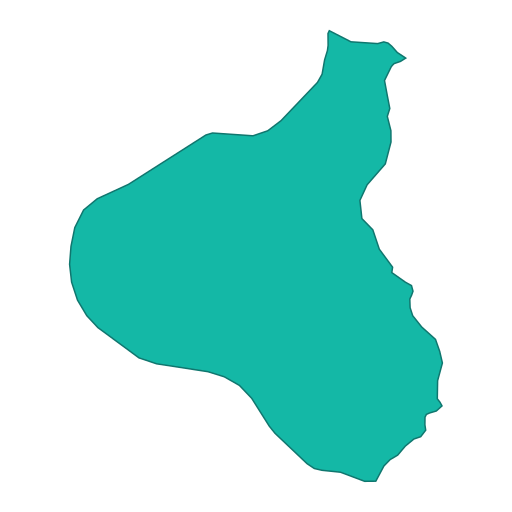 SVG path tracing the border of Taranaki
{"feature_id": "NZL-3405", "entity_name": "Taranaki", "entity_type": "Regional Council", "adm_level": 1, "iso_a3": "NZL", "parent_name": "New Zealand", "parent_adm1": "", "projection": "albers", "projection_center": [174.624, -39.283], "detail": "fine", "context": "isolated", "style": "filled", "palette": "teal", "viewbox_px": 512, "rotation_deg": 0, "n_neighbors": 0, "source": "natural_earth", "source_scale": "10m", "svg_char_len": 1171}
<svg xmlns="http://www.w3.org/2000/svg" viewBox="0 0 512 512"><path d="M375.8,481.2L364.6,481.3L340.4,472.2L322.0,470.3L314.3,468.5L307.1,463.7L275.1,433.4L269.3,426.2L251.7,398.3L239.4,385.4L224.3,376.8L208.0,371.7L156.6,363.8L139.0,357.9L97.9,327.6L86.8,315.7L77.5,300.1L71.6,282.1L69.6,264.3L71.0,246.3L74.8,227.6L83.6,210.0L97.3,198.7L128.4,184.4L205.9,135.0L212.5,133.0L253.0,135.8L267.7,130.8L281.0,120.7L317.5,82.4L322.1,74.2L324.6,59.9L327.4,50.7L328.1,45.5L328.0,33.5L329.3,30.7L350.9,41.8L377.7,43.6L383.8,41.9L388.1,43.1L391.8,46.3L397.3,52.5L405.7,58.1L400.5,61.4L394.1,63.6L392.4,65.3L391.2,66.8L384.5,80.5L387.3,95.6L389.8,108.5L387.3,116.4L390.9,130.7L391.0,142.0L385.3,163.9L367.1,184.8L359.9,200.4L361.9,218.6L372.8,229.8L379.3,249.2L392.6,267.2L391.8,272.6L405.4,282.2L411.5,285.6L413.0,291.2L411.6,295.2L409.8,299.0L410.1,307.7L412.7,315.7L421.7,327.0L435.5,339.4L439.7,351.4L442.4,363.0L437.6,380.7L437.3,398.8L439.9,402.1L442.0,405.9L436.3,411.0L429.5,413.0L426.4,414.4L425.0,417.2L424.9,424.8L425.7,430.2L420.7,436.7L413.9,439.0L405.3,446.1L397.7,455.1L390.1,459.6L383.9,466.0L375.8,481.2Z" fill="#14b8a6" stroke="#0f766e" stroke-width="1.5"/></svg>